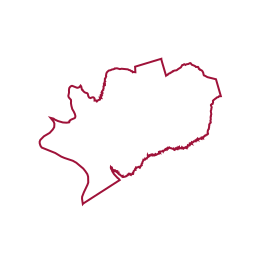 outline of Baradero, Buenos Aires, Argentina, rotated 211°
{"feature_id": "61730980B8735430115634", "entity_name": "Baradero", "entity_type": "district", "adm_level": 2, "iso_a3": "ARG", "parent_name": "Argentina", "parent_adm1": "Buenos Aires", "projection": "natural_earth1", "projection_center": [-59.554, -33.906], "detail": "fine", "context": "isolated", "style": "outline", "palette": "rose", "viewbox_px": 256, "rotation_deg": 211, "n_neighbors": 0, "source": "geoboundaries", "source_scale": "gbopen_adm2", "svg_char_len": 5784}
<svg xmlns="http://www.w3.org/2000/svg" viewBox="0 0 256 256"><g transform="rotate(211 128 128)"><path d="M173.1,158.1L172.9,158.0L172.0,156.1L171.6,156.1L171.7,155.0L171.5,154.9L171.4,154.5L170.8,154.4L170.0,153.1L171.0,152.9L170.3,152.0L170.5,151.1L170.0,150.7L169.6,149.6L169.3,149.4L169.1,148.2L168.9,148.0L169.1,147.7L168.9,147.2L169.2,146.0L169.0,145.5L168.4,145.2L168.8,144.7L168.5,144.4L167.8,144.5L167.8,144.2L168.1,143.9L168.0,143.7L167.4,143.7L167.1,143.5L167.9,143.6L167.7,143.1L168.0,142.7L167.7,142.4L167.9,142.2L168.3,142.4L168.4,142.2L168.2,141.9L167.4,142.0L167.6,141.5L167.3,141.5L167.0,141.1L167.2,140.2L166.6,139.9L167.6,139.5L167.0,139.1L167.1,138.8L166.7,138.3L166.7,137.8L166.9,137.5L167.4,137.3L167.9,136.6L168.4,134.6L168.5,134.6L168.7,135.0L169.6,135.2L170.8,134.3L171.9,136.1L173.3,136.5L174.4,135.9L175.6,134.3L177.0,134.1L178.2,134.7L180.3,136.7L181.1,136.8L182.8,136.3L183.9,136.3L185.7,136.7L186.6,137.3L187.2,137.1L189.5,139.5L190.5,139.9L190.7,138.0L191.8,136.6L192.6,136.2L197.5,135.4L198.2,134.9L198.8,133.4L198.9,131.9L198.1,130.0L196.8,128.0L195.7,124.8L194.9,124.0L193.9,123.5L191.5,122.8L190.7,121.8L189.7,119.9L187.9,117.8L185.5,115.5L182.9,114.1L180.7,112.6L179.2,111.1L178.7,109.7L178.8,109.1L179.3,108.3L181.0,106.0L181.7,104.5L181.8,103.6L181.4,103.3L181.4,102.5L183.4,100.9L186.7,99.2L191.6,97.9L195.2,97.5L196.6,97.7L199.6,96.8L195.1,95.2L193.3,93.8L191.7,90.7L191.7,88.0L192.6,83.5L195.8,77.6L197.0,72.7L196.7,70.8L195.8,69.4L193.9,67.7L191.9,66.8L177.5,69.1L170.4,69.1L167.0,69.6L158.4,71.5L154.4,71.6L149.4,70.8L145.5,70.2L142.3,69.0L139.1,67.5L137.1,65.7L134.0,60.8L133.5,58.4L132.7,50.1L131.9,45.4L130.9,43.6L127.6,39.6L127.5,40.2L108.3,79.1L110.1,79.8L111.1,79.8L116.3,81.3L119.2,82.8L120.3,83.8L121.6,84.4L122.2,85.0L122.5,85.6L122.2,85.5L121.8,85.9L121.4,85.8L120.4,84.6L119.4,84.5L119.0,84.2L118.3,84.6L117.8,84.2L117.5,84.8L116.9,84.4L116.7,85.0L116.1,84.9L115.4,85.3L115.1,84.7L114.7,85.1L114.4,84.5L113.8,84.8L113.4,84.3L113.0,84.7L112.7,84.0L111.6,83.7L111.2,84.0L109.7,83.5L108.7,83.8L108.0,83.4L107.7,84.2L106.9,83.5L105.4,84.8L105.0,85.6L104.5,85.9L104.5,86.4L103.9,87.3L104.2,87.9L103.8,88.2L103.8,88.6L103.4,88.8L103.6,89.4L103.2,89.6L102.8,89.0L102.2,89.6L101.7,89.2L101.3,89.2L101.3,90.1L100.2,91.0L100.6,91.3L100.5,91.6L100.7,91.9L100.3,92.2L100.9,93.7L100.6,95.3L100.0,96.0L100.8,96.5L100.8,97.2L100.4,97.7L100.8,98.4L99.9,98.8L98.6,100.5L98.0,100.7L97.6,100.0L97.4,100.0L97.5,102.1L97.0,103.1L97.8,103.9L97.6,105.2L98.0,105.8L98.2,108.1L98.5,108.8L97.3,109.4L97.5,110.4L97.0,110.3L96.5,111.5L96.2,111.6L96.3,112.2L95.8,113.8L96.7,114.3L96.9,114.7L96.2,114.3L95.5,114.2L95.4,114.4L95.9,114.7L95.4,114.8L95.2,115.1L95.5,115.9L95.3,116.0L95.1,115.6L94.9,116.1L94.4,116.2L94.4,117.1L94.0,117.0L93.8,117.4L93.4,117.0L93.2,117.1L93.4,117.7L93.1,118.1L92.6,118.0L92.3,117.4L91.9,117.7L91.7,118.3L91.1,118.3L91.1,118.9L90.7,118.6L90.8,118.8L90.4,119.1L90.5,119.8L89.9,119.7L88.9,121.4L88.5,121.7L88.6,121.9L89.4,121.8L88.4,122.3L89.0,123.2L88.7,123.3L88.4,123.0L87.9,123.1L88.5,123.5L88.7,124.1L86.7,125.6L86.3,126.6L86.0,126.7L85.7,126.4L85.7,126.8L84.9,128.1L85.2,128.5L85.1,129.0L84.8,128.9L84.6,129.2L84.3,129.1L84.3,129.7L83.7,129.7L84.0,130.3L83.4,130.6L83.7,130.9L83.4,131.2L83.8,131.6L83.7,131.8L83.0,131.8L82.4,132.2L82.4,132.6L81.4,132.5L80.6,132.9L79.1,133.1L78.6,133.5L78.4,133.9L77.4,133.1L76.8,133.2L76.9,133.9L76.3,134.3L76.6,135.4L76.5,135.6L76.0,135.2L75.3,135.3L75.5,135.6L75.0,135.7L75.1,137.0L74.6,136.8L74.5,137.3L74.2,136.9L74.1,137.6L73.7,137.1L73.4,137.1L73.5,137.6L72.7,137.7L71.9,138.1L71.9,139.0L71.3,138.6L71.0,139.4L70.2,139.5L70.2,138.7L69.9,138.7L69.3,140.3L68.2,140.7L68.7,140.9L68.7,141.3L68.2,141.5L67.4,141.1L67.2,141.7L68.1,141.8L67.5,142.5L67.8,144.0L67.3,144.0L67.3,144.4L66.9,144.7L66.5,144.5L66.2,144.7L66.2,145.3L66.8,146.1L66.4,146.2L66.7,146.9L65.8,147.1L66.1,147.2L65.9,147.6L66.0,147.8L65.7,148.1L65.9,148.2L66.0,148.7L65.8,148.7L65.1,149.1L64.8,149.6L64.8,150.4L63.4,151.3L63.7,151.5L63.8,151.9L63.2,152.0L62.7,152.6L63.1,152.7L63.4,153.2L63.3,153.4L63.1,153.1L63.0,153.5L62.5,153.6L63.0,153.8L62.9,154.6L62.3,154.2L62.1,154.9L61.5,155.1L61.4,155.5L60.9,155.7L60.6,156.4L59.7,156.5L59.9,156.8L59.3,157.1L59.8,157.2L59.9,157.5L59.2,157.4L58.9,158.2L58.4,158.2L58.5,158.8L58.9,159.1L58.8,159.3L58.4,159.9L58.3,160.9L57.9,161.0L57.5,161.5L57.4,162.7L56.7,163.1L56.4,163.9L56.7,164.7L57.4,165.1L58.1,166.5L58.4,168.0L58.2,168.9L58.6,169.4L58.9,170.6L59.5,171.4L59.6,172.1L60.1,172.6L60.1,173.3L60.3,174.0L59.9,174.7L60.0,175.6L61.1,176.6L61.4,177.9L62.9,180.0L62.8,180.4L63.1,181.1L63.4,181.4L63.7,182.7L65.8,185.2L66.0,186.5L66.5,187.4L66.8,188.6L67.5,189.4L68.5,190.0L68.8,190.5L68.5,191.7L67.9,192.2L68.3,193.9L69.2,195.0L69.0,196.2L68.7,196.7L68.3,198.0L67.7,199.1L67.7,199.7L67.1,200.5L66.5,201.0L66.3,202.1L64.8,203.1L77.7,215.1L86.1,212.5L89.1,212.4L89.8,212.2L90.4,212.4L92.1,214.2L93.4,215.0L94.5,215.3L95.9,215.2L96.5,215.3L96.5,215.0L97.8,215.2L98.8,216.2L99.5,216.4L101.2,215.3L102.0,215.6L103.7,215.5L105.8,215.1L107.8,215.8L108.5,215.3L109.2,214.0L110.8,212.6L111.3,211.6L112.5,211.7L112.9,211.3L113.2,210.5L113.9,209.9L113.9,207.2L115.4,204.3L115.8,203.1L116.3,202.3L117.6,201.3L118.3,200.5L118.5,199.8L119.0,199.6L119.0,199.0L119.5,198.0L120.0,197.4L119.9,197.2L120.1,196.7L120.8,196.0L121.0,195.5L121.3,195.2L121.4,194.0L121.7,193.7L122.0,193.0L122.3,192.9L122.4,192.5L132.3,201.6L134.6,203.8L135.1,204.5L153.5,184.2L150.4,179.6L152.2,178.8L152.7,178.2L153.8,178.8L154.6,178.4L155.7,178.6L157.2,178.2L158.3,178.2L164.0,175.5L165.3,174.3L168.2,173.5L170.0,172.2L169.9,171.9L171.0,170.6L171.8,170.0L172.7,168.6L174.1,167.3L174.7,165.3L174.7,163.8L173.8,161.4L173.3,161.1L173.0,159.2L173.2,158.8L173.1,158.1Z" fill="none" stroke="#9f1239" stroke-width="2"/></g></svg>